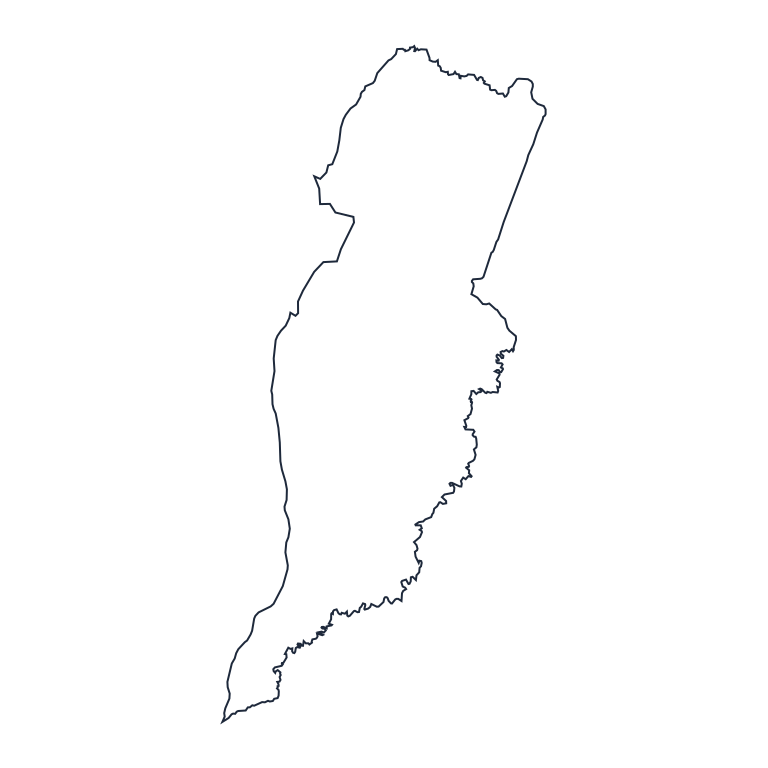 the district of Libenge, Équateur, Democratic Republic of the Congo
{"feature_id": "63176286B16720510237815", "entity_name": "Libenge", "entity_type": "district", "adm_level": 2, "iso_a3": "COD", "parent_name": "Democratic Republic of the Congo", "parent_adm1": "Équateur", "projection": "robinson", "projection_center": [18.997, 3.764], "detail": "fine", "context": "isolated", "style": "outline", "palette": "slate", "viewbox_px": 768, "rotation_deg": 0, "n_neighbors": 0, "source": "geoboundaries", "source_scale": "gbopen_adm2", "svg_char_len": 6044}
<svg xmlns="http://www.w3.org/2000/svg" viewBox="0 0 768 768"><path d="M397.1,49.1L395.9,54.1L391.2,59.1L388.5,60.4L377.3,73.1L374.7,80.8L372.9,83.1L365.3,86.4L364.4,90.1L362.0,91.8L360.8,93.8L360.5,96.8L356.1,104.5L350.5,108.5L345.8,114.8L343.5,119.1L340.8,127.8L339.3,140.5L337.3,151.5L332.3,164.2L328.2,165.3L326.4,172.5L320.2,178.9L314.3,176.3L319.2,188.6L320.1,204.1L329.9,203.9L335.4,212.5L353.4,216.9L354.0,222.5L340.9,249.2L336.9,261.4L323.4,262.1L314.2,271.8L303.0,290.6L298.0,301.5L298.1,313.2L295.5,315.8L290.4,312.7L289.3,318.1L285.7,325.7L281.0,330.7L277.5,335.8L275.7,340.1L273.7,358.5L274.5,371.1L271.3,390.8L272.2,394.5L272.5,404.2L273.6,408.8L275.7,413.5L278.4,427.9L279.8,442.6L280.4,461.3L281.9,469.6L285.4,481.3L286.9,489.3L286.6,500.0L284.5,506.6L284.8,510.3L288.4,519.3L289.8,528.7L288.4,537.3L286.3,542.4L285.4,552.4L287.8,565.4L287.5,569.4L282.8,586.1L273.6,603.8L270.7,606.4L258.6,612.4L255.4,615.8L254.2,618.5L252.1,630.8L250.6,634.5L247.1,640.5L244.8,642.2L238.3,649.2L236.2,653.2L234.7,658.5L231.8,663.5L227.4,681.9L227.7,687.2L229.7,693.6L229.4,698.6L225.3,708.3L224.2,713.1L224.7,716.6L222.4,721.9L228.6,718.0L231.6,714.3L233.1,713.6L235.2,713.8L236.7,711.7L238.2,711.0L245.7,710.5L247.8,707.4L249.9,707.3L252.3,705.3L254.2,705.7L262.1,702.1L264.9,702.3L268.0,700.8L269.8,701.5L272.8,701.0L274.2,698.8L277.6,698.1L278.6,695.7L278.8,691.4L278.5,689.9L277.0,688.4L277.7,687.5L277.6,686.2L278.6,685.9L278.5,684.3L277.3,681.9L279.5,681.6L280.5,679.9L279.6,677.0L280.7,675.0L280.1,673.8L280.4,672.4L277.7,670.1L275.6,671.5L275.2,672.9L273.7,671.2L273.3,669.2L274.9,667.4L281.7,665.8L282.7,664.4L281.8,663.8L282.0,663.0L283.4,662.8L286.6,657.5L286.3,654.2L284.9,654.0L288.3,647.7L290.5,648.9L292.3,648.4L292.1,651.1L293.0,652.7L294.3,653.1L295.2,651.8L295.8,648.0L297.2,647.1L299.8,647.7L300.2,646.9L299.9,645.8L298.2,645.5L297.5,644.5L298.0,643.5L300.6,643.8L301.9,645.7L303.0,645.8L303.7,641.1L305.8,643.3L308.4,643.3L309.4,644.5L312.0,642.6L311.7,641.5L312.4,639.4L315.9,638.7L317.0,637.6L317.6,636.2L317.0,633.5L322.3,635.2L323.1,634.8L318.8,632.2L321.6,631.6L323.9,632.5L325.8,630.4L324.6,628.7L322.4,628.5L321.5,627.6L321.8,627.0L323.2,626.8L326.7,628.3L326.7,626.4L331.5,625.4L332.0,624.8L328.8,623.7L331.1,619.3L331.2,614.0L331.6,613.3L332.9,614.0L333.0,611.4L334.1,610.1L336.6,609.4L338.4,613.1L339.6,614.2L341.0,614.4L341.7,612.8L344.9,613.7L346.9,611.6L347.3,615.6L348.3,616.4L349.8,615.8L353.9,611.1L354.9,610.8L357.5,612.2L359.0,612.0L359.8,607.9L361.2,606.7L363.0,603.4L365.1,604.1L365.3,605.1L364.3,609.0L364.8,609.6L368.1,608.6L370.2,606.9L371.3,604.0L376.8,606.7L378.6,606.6L383.5,602.0L384.2,598.4L385.2,597.2L386.7,597.2L387.7,598.2L388.6,600.8L391.0,603.4L392.0,603.5L395.2,599.5L396.4,598.9L398.3,598.9L401.5,601.0L402.0,593.2L403.2,590.9L406.1,589.1L405.2,587.7L402.7,586.5L401.3,582.1L402.1,580.9L406.0,579.6L408.5,584.0L409.5,583.8L410.7,581.4L410.9,577.3L412.6,576.8L415.9,580.0L416.5,575.3L419.2,572.3L419.6,567.8L421.0,566.3L421.7,562.9L421.2,561.1L419.4,560.7L418.7,562.9L415.6,556.7L414.9,551.8L417.1,550.2L417.5,548.6L416.5,545.1L414.0,542.1L420.0,537.0L422.0,532.1L421.5,530.9L419.7,529.8L421.8,528.3L420.7,525.3L415.7,525.3L415.4,524.5L419.0,522.1L423.1,521.5L425.3,519.4L431.2,517.1L432.3,514.1L433.4,512.8L434.2,508.7L437.2,506.2L439.3,502.4L440.3,502.2L442.9,503.9L446.2,503.3L446.1,501.0L441.9,497.1L444.5,494.5L453.2,492.8L454.0,491.4L454.4,487.9L453.0,484.8L450.5,485.8L449.5,483.8L450.4,482.9L452.1,482.9L459.6,486.4L461.3,486.5L461.8,483.7L460.9,481.0L463.2,477.6L465.7,479.2L468.4,476.1L471.1,476.9L471.6,476.2L468.9,473.2L469.2,470.3L466.1,467.7L466.5,467.1L468.7,466.9L469.1,466.0L468.2,463.7L468.8,462.9L473.0,460.8L474.4,459.3L475.6,454.9L473.9,449.4L476.4,447.3L476.8,444.7L476.2,438.5L475.6,436.8L474.1,436.7L472.7,435.3L472.7,434.2L474.5,431.6L473.3,429.8L465.5,429.4L464.3,426.9L466.1,427.0L466.3,425.8L464.4,420.2L468.1,418.2L468.5,417.5L467.8,416.1L470.5,414.1L472.0,408.6L471.3,405.2L472.1,402.6L471.9,402.0L470.9,402.0L470.7,401.0L471.5,399.7L471.3,399.1L469.4,398.7L471.3,394.3L471.4,391.2L473.6,390.9L476.3,394.0L478.2,392.3L480.6,392.1L481.4,391.3L481.2,390.5L479.1,389.1L480.2,388.6L481.7,389.2L485.3,392.8L486.5,393.1L487.3,391.8L490.9,392.8L492.7,392.0L497.6,392.5L498.2,390.9L497.3,386.8L498.9,387.5L499.8,387.0L500.0,383.2L499.5,382.0L497.4,380.8L496.7,379.5L499.6,374.7L499.5,373.5L494.9,371.4L497.0,370.0L498.7,370.1L499.9,372.0L501.2,372.1L503.0,369.1L502.8,368.4L500.9,367.5L502.6,364.4L501.6,363.3L497.4,363.1L496.5,362.1L496.4,360.4L498.6,360.7L498.9,359.8L496.6,356.7L496.6,355.4L497.4,354.6L499.8,355.5L501.8,358.1L503.1,357.9L503.4,355.8L500.8,353.6L500.6,352.0L502.4,351.1L503.9,351.5L506.4,350.0L509.1,352.0L511.8,349.2L513.0,351.2L513.8,349.9L513.7,347.1L516.0,340.0L515.9,336.2L509.4,330.7L507.4,327.8L505.1,319.0L501.3,316.1L497.1,309.9L495.7,309.4L489.2,303.5L486.3,304.3L482.8,304.0L477.4,297.6L471.4,294.2L473.7,286.3L473.3,283.4L471.9,282.0L471.9,280.9L473.1,279.3L480.3,278.8L482.0,278.3L483.5,276.8L491.4,252.7L492.7,251.9L493.8,249.9L496.4,241.9L498.1,239.5L503.7,222.0L526.7,161.2L528.3,155.1L533.3,144.2L537.0,132.6L542.7,119.5L543.2,116.9L545.0,115.5L545.6,114.1L545.6,109.4L543.8,106.1L537.6,103.9L532.5,98.8L531.2,92.3L532.8,86.6L532.8,84.0L531.5,81.5L527.9,79.2L518.7,78.7L516.9,79.2L512.1,86.0L508.8,88.0L508.4,92.5L506.2,96.2L504.8,96.7L502.9,93.5L498.4,93.9L497.1,93.2L496.2,90.9L494.9,89.9L491.4,90.2L490.1,89.6L489.6,85.3L484.5,83.7L483.8,82.9L484.8,81.4L483.1,80.3L482.5,77.9L480.8,77.0L478.8,77.9L477.8,80.1L477.0,79.9L474.1,74.9L468.1,74.4L466.6,75.9L464.3,76.4L460.7,75.8L460.5,78.3L459.6,78.1L458.8,74.3L456.4,74.1L455.0,71.8L453.5,74.1L448.7,75.0L448.0,74.2L447.8,71.8L445.8,72.2L441.1,70.7L440.7,67.8L439.7,66.2L438.2,65.6L437.8,60.2L435.6,61.8L432.8,61.6L429.6,60.2L429.5,57.9L426.5,49.6L420.9,49.3L418.6,50.2L417.2,48.7L415.0,51.2L414.3,51.1L415.0,47.9L414.2,46.1L412.9,47.2L410.0,47.6L410.1,48.8L408.3,50.3L405.3,51.2L404.9,49.8L403.6,49.7L402.8,48.8L397.1,49.1Z" fill="none" stroke="#1e293b" stroke-width="2"/></svg>